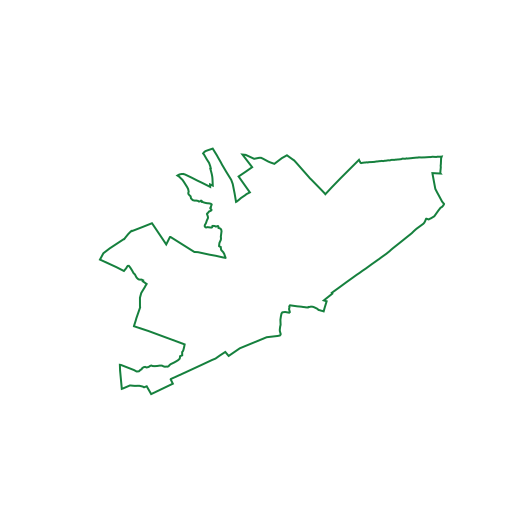 Niculesti, Dâmbovita, Romania, rotated 213°
{"feature_id": "2599482B73950488688703", "entity_name": "Niculesti", "entity_type": "district", "adm_level": 2, "iso_a3": "ROU", "parent_name": "Romania", "parent_adm1": "Dâmbovita", "projection": "equal_earth", "projection_center": [25.943, 44.679], "detail": "fine", "context": "isolated", "style": "outline", "palette": "green", "viewbox_px": 512, "rotation_deg": 213, "n_neighbors": 0, "source": "geoboundaries", "source_scale": "gbopen_adm2", "svg_char_len": 6100}
<svg xmlns="http://www.w3.org/2000/svg" viewBox="0 0 512 512"><g transform="rotate(213 256 256)"><path d="M131.1,380.7L130.4,382.0L129.8,382.9L128.1,386.4L127.8,393.6L127.5,397.0L126.7,398.6L126.5,400.0L126.5,401.6L126.7,402.1L129.6,403.0L135.6,406.3L138.6,407.9L142.1,409.9L142.9,410.7L152.4,420.7L153.2,421.6L146.1,425.7L146.4,425.8L146.7,426.1L148.1,428.6L148.3,429.1L148.9,430.2L149.3,431.0L150.3,432.3L150.8,433.3L151.1,433.9L154.0,438.8L154.4,440.5L154.6,440.3L155.3,439.8L157.1,438.6L157.7,438.3L158.4,437.5L159.8,436.6L162.0,435.4L163.4,434.1L164.9,433.1L166.9,431.6L168.5,430.4L170.7,428.9L171.3,428.5L172.4,427.9L173.6,427.1L173.8,426.7L174.1,426.5L175.0,425.9L177.4,424.0L178.4,423.2L178.7,422.9L182.1,420.2L182.4,420.0L182.9,419.8L183.0,419.8L183.3,419.4L183.6,419.0L184.2,418.6L184.8,418.2L185.1,418.1L185.7,417.7L186.3,417.4L186.5,417.0L186.7,416.6L187.1,416.2L187.7,415.7L189.2,414.5L190.3,413.7L190.8,413.2L191.3,412.9L191.7,412.6L192.0,412.2L192.6,411.8L193.0,411.5L193.7,411.1L194.7,410.4L195.0,410.1L195.5,409.5L195.7,409.2L196.0,409.0L196.4,408.7L197.2,408.3L199.1,406.5L199.7,406.2L200.3,405.6L200.6,405.2L201.0,404.9L202.7,404.0L203.0,403.6L203.4,403.3L203.8,403.0L204.2,402.7L205.7,401.4L206.2,401.1L208.1,399.3L209.6,398.2L210.7,397.4L212.3,396.3L212.8,395.8L213.2,395.3L213.5,395.2L213.8,395.1L214.3,394.8L214.9,394.2L216.0,393.4L217.5,392.1L217.9,391.7L218.4,391.2L218.9,391.1L219.6,391.3L220.1,391.7L220.7,392.0L221.3,392.2L222.0,392.7L227.4,367.4L229.9,354.7L231.5,345.6L232.0,345.8L235.7,346.7L251.2,350.2L253.5,350.6L253.9,350.8L273.2,356.2L276.3,357.0L276.5,357.0L276.5,356.9L284.9,357.3L287.6,352.2L290.8,343.3L294.9,342.3L297.1,341.9L303.2,341.4L305.3,341.1L306.7,340.2L310.5,336.5L319.7,335.2L322.6,333.7L307.6,328.4L310.6,321.0L313.9,313.2L295.8,306.0L297.7,302.7L298.2,301.1L300.2,296.4L301.1,293.2L301.6,291.9L301.8,291.2L302.2,290.5L308.0,296.8L314.7,303.7L318.3,306.4L327.0,310.5L333.2,313.6L333.7,313.8L336.7,315.5L341.2,317.8L343.6,319.1L350.8,322.5L354.2,318.2L355.6,316.3L355.8,315.4L356.1,314.7L356.2,313.2L354.9,312.8L350.0,310.3L346.0,308.5L343.3,306.4L341.6,304.8L341.9,304.4L339.0,301.8L337.4,300.3L335.8,298.6L334.6,297.1L330.6,291.5L333.5,291.0L332.1,289.0L341.9,287.9L346.3,287.3L352.3,286.7L358.5,285.9L359.9,285.7L361.4,285.3L361.4,285.2L361.9,285.0L363.0,284.3L364.5,282.8L365.1,281.9L365.7,280.7L363.6,280.7L361.8,280.3L359.1,279.8L356.5,278.7L351.3,276.3L349.4,275.2L347.5,273.3L347.1,271.9L346.4,271.2L345.3,270.8L343.3,270.4L341.9,268.9L339.5,268.4L337.7,269.0L336.4,269.9L334.7,270.6L333.5,270.6L333.1,271.0L332.7,271.3L332.5,271.6L332.4,272.3L332.0,272.6L331.5,272.6L331.2,272.3L330.7,271.9L330.3,272.2L328.9,272.5L327.3,273.0L325.8,273.6L323.8,274.7L322.3,275.2L321.3,275.1L320.9,273.9L320.8,272.9L320.4,272.4L320.3,272.1L320.4,271.8L320.5,271.4L320.2,271.0L318.9,270.7L318.5,270.5L318.3,270.0L318.7,269.1L319.7,267.6L319.7,266.3L320.1,265.0L320.0,264.5L319.3,264.0L318.4,263.3L317.4,262.4L317.0,261.7L316.8,260.8L316.6,259.1L316.2,257.6L315.9,256.4L315.8,255.4L315.8,254.3L315.4,253.2L314.6,252.7L313.8,252.6L313.3,252.8L312.4,253.8L309.9,255.0L308.7,255.7L308.5,256.1L308.5,256.6L308.9,257.3L308.9,257.5L307.7,258.3L306.7,258.7L305.7,258.8L305.1,259.4L304.6,260.1L304.2,260.4L303.6,260.2L302.7,259.1L301.4,259.5L300.5,259.5L299.6,259.2L298.4,258.0L297.0,255.1L296.0,253.0L295.0,251.8L294.3,250.4L293.8,247.1L293.3,246.0L292.4,244.2L291.7,244.1L290.6,244.4L289.8,243.6L289.2,242.8L288.6,242.2L287.4,241.8L285.4,241.3L284.8,240.9L284.0,240.6L282.5,239.4L281.3,238.5L280.7,238.1L280.6,237.8L283.2,236.7L289.8,234.3L295.7,231.8L306.8,227.6L309.9,225.8L338.0,225.4L338.5,225.0L337.7,217.9L337.6,216.8L340.8,218.2L359.1,226.0L361.1,226.8L366.9,218.6L373.6,209.3L373.9,209.4L374.3,208.7L375.1,204.9L375.6,200.3L375.7,198.4L376.0,198.3L382.8,182.8L385.5,175.2L384.9,168.0L367.2,170.6L358.6,171.5L358.2,175.1L358.3,176.8L358.2,177.8L357.3,178.5L356.0,178.1L354.7,177.6L352.1,176.4L349.3,174.9L347.5,174.6L345.6,173.5L344.5,172.9L342.8,172.5L341.5,172.5L340.4,173.0L339.1,173.9L337.4,174.1L337.4,173.4L337.4,173.2L336.8,173.1L335.5,173.1L333.5,173.0L332.5,173.0L332.4,172.2L332.5,171.3L332.3,169.6L332.2,165.4L332.1,162.5L330.6,157.8L325.9,150.6L325.2,149.8L322.4,138.5L321.7,136.3L320.2,130.8L320.1,130.6L305.4,134.5L267.7,143.0L266.7,140.5L265.7,137.6L265.5,136.6L265.6,135.2L263.8,132.5L265.1,130.6L264.3,129.0L264.1,128.1L264.6,126.2L265.5,124.3L266.7,122.0L268.6,118.9L269.0,117.8L269.3,116.0L269.8,115.1L271.0,114.4L272.1,113.5L273.3,113.1L275.3,112.8L277.0,111.7L278.9,110.0L281.0,108.4L282.8,107.4L284.2,107.1L285.0,106.0L285.6,104.5L286.5,103.5L287.1,102.9L288.6,102.6L289.6,101.6L290.3,100.1L290.3,98.5L290.9,97.6L291.3,95.7L292.0,95.0L293.3,94.1L296.2,93.9L309.8,91.1L310.9,90.6L307.6,85.9L296.2,71.5L294.8,73.4L291.2,78.8L287.0,81.0L283.2,83.6L279.9,84.8L278.4,84.9L276.7,87.2L268.7,83.1L256.2,103.6L260.4,106.1L260.4,106.5L251.4,120.6L242.6,134.6L236.2,144.9L234.1,147.9L232.2,152.7L229.5,158.8L224.5,157.3L219.3,169.8L202.8,193.7L194.2,200.8L192.7,202.3L192.6,202.9L192.6,203.5L192.8,204.0L194.2,205.2L195.2,206.1L196.0,207.3L197.3,210.0L197.9,211.7L200.8,215.8L202.3,219.1L203.3,221.7L203.2,223.1L201.1,224.9L197.3,226.5L197.1,227.4L199.4,229.5L200.0,231.2L200.7,231.9L200.6,233.2L199.9,233.5L193.9,236.3L191.1,237.8L190.3,238.2L189.9,238.4L188.9,238.8L187.7,239.4L187.2,239.7L185.9,240.2L185.7,240.4L185.3,240.6L184.7,240.9L184.3,241.2L184.3,241.5L184.3,241.8L183.8,242.0L182.6,243.2L182.3,243.5L181.6,243.9L180.8,244.3L179.8,244.6L177.7,244.9L176.0,245.1L175.0,245.0L174.3,244.8L173.8,244.9L173.2,245.2L171.3,245.7L170.7,246.0L169.1,246.4L170.3,250.2L172.1,256.5L174.9,255.7L174.4,257.3L171.5,266.0L172.4,266.4L169.3,274.3L165.9,283.3L163.0,290.7L161.3,295.1L159.9,298.3L158.7,301.5L157.1,305.2L154.3,312.6L151.5,319.6L151.2,320.2L150.4,322.5L149.5,324.8L147.9,328.8L146.9,331.9L146.7,332.4L146.1,334.8L145.4,337.1L142.5,345.7L139.6,354.5L137.8,359.9L137.2,362.7L136.6,365.0L136.1,366.6L133.2,374.2L133.0,375.7L133.2,377.6L133.5,379.2L133.6,379.9L133.4,380.1L131.1,380.7Z" fill="none" stroke="#15803d" stroke-width="2"/></g></svg>